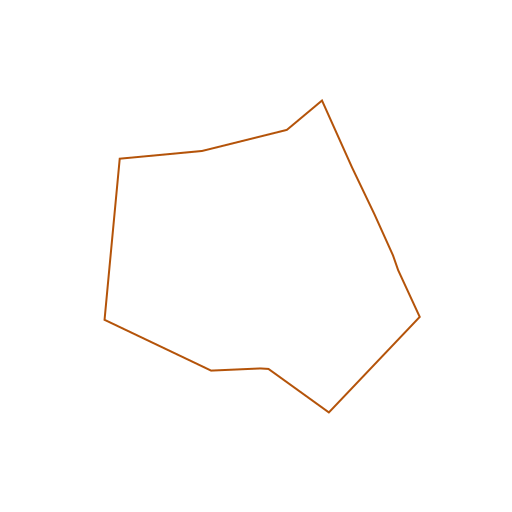 the district of Jargalant, Hovd, Mongolia, rotated 227°
{"feature_id": "93677404B42040735626844", "entity_name": "Jargalant", "entity_type": "district", "adm_level": 2, "iso_a3": "MNG", "parent_name": "Mongolia", "parent_adm1": "Hovd", "projection": "albers", "projection_center": [91.642, 48.006], "detail": "fine", "context": "isolated", "style": "outline", "palette": "amber", "viewbox_px": 512, "rotation_deg": 227, "n_neighbors": 0, "source": "geoboundaries", "source_scale": "gbopen_adm2", "svg_char_len": 356}
<svg xmlns="http://www.w3.org/2000/svg" viewBox="0 0 512 512"><g transform="rotate(227 256 256)"><path d="M345.6,138.8L312.6,101.7L202.8,145.0L170.8,182.5L164.9,188.1L91.9,202.6L99.8,334.2L148.7,350.3L163.0,356.6L205.5,371.0L255.5,386.7L324.7,410.3L327.2,364.6L369.6,288.2L420.1,222.7L345.6,138.8Z" fill="none" stroke="#b45309" stroke-width="2"/></g></svg>